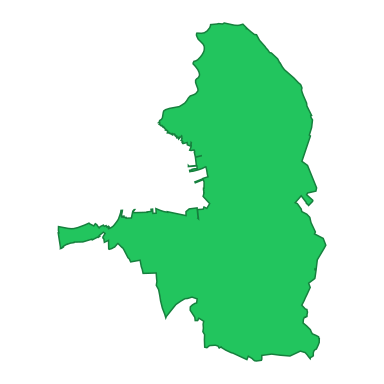 the district of Siguldas pag., Siguldas, Latvia
{"feature_id": "27541924B22420925949574", "entity_name": "Siguldas pag.", "entity_type": "district", "adm_level": 2, "iso_a3": "LVA", "parent_name": "Latvia", "parent_adm1": "Siguldas", "projection": "mercator", "projection_center": [24.897, 57.148], "detail": "fine", "context": "isolated", "style": "filled", "palette": "green", "viewbox_px": 384, "rotation_deg": 0, "n_neighbors": 0, "source": "geoboundaries", "source_scale": "gbopen_adm2", "svg_char_len": 5994}
<svg xmlns="http://www.w3.org/2000/svg" viewBox="0 0 384 384"><path d="M60.4,248.5L61.2,247.9L61.5,248.3L63.3,247.1L63.0,246.6L65.3,245.1L67.1,244.1L67.2,244.3L70.5,243.1L74.0,242.6L74.2,242.1L82.9,241.9L91.8,239.2L92.2,239.9L97.9,237.0L98.2,237.4L99.8,236.3L99.2,235.5L103.4,232.2L105.1,233.4L103.2,236.5L102.9,237.2L102.9,237.9L104.0,239.2L104.1,241.1L104.4,241.7L104.4,242.3L108.5,240.4L108.7,248.9L109.2,249.3L111.7,248.6L114.3,247.1L114.6,247.1L117.7,243.5L118.0,243.5L122.0,247.5L122.4,247.5L123.6,249.2L128.0,257.7L129.3,258.9L130.7,261.9L140.1,260.2L141.3,266.7L142.2,269.2L143.1,273.4L156.2,273.0L156.6,278.8L156.9,281.4L156.3,285.3L158.5,289.4L158.8,290.5L159.8,295.7L160.6,301.0L162.4,308.2L164.7,314.1L165.8,317.8L166.3,316.5L175.9,304.5L180.8,301.1L184.9,298.7L187.4,298.5L192.0,297.1L197.2,298.9L196.6,303.0L194.9,303.4L192.3,305.0L190.3,306.9L190.2,310.2L194.8,317.3L195.2,320.6L197.6,320.6L197.8,320.4L198.3,319.1L198.9,318.2L203.7,321.2L203.1,324.2L203.4,328.1L202.9,331.7L204.6,334.6L204.4,339.6L204.7,347.2L206.9,347.7L209.5,345.6L215.3,345.2L218.0,346.0L219.2,348.0L221.1,346.9L221.3,347.4L225.7,350.1L231.2,352.7L232.9,353.1L246.9,359.6L248.3,356.2L252.4,358.7L252.9,359.4L254.5,360.7L256.3,361.0L261.4,360.3L261.8,359.2L261.8,355.4L271.7,354.1L280.1,355.2L290.0,356.0L300.4,351.1L305.2,352.6L307.1,354.7L308.4,356.5L310.2,358.7L310.5,357.5L312.1,356.7L313.3,355.8L313.3,352.8L313.8,351.2L314.7,349.9L316.4,349.0L318.2,345.1L319.2,342.5L319.3,338.6L318.9,338.6L318.6,336.8L316.0,335.4L312.3,333.8L311.1,331.6L310.4,329.7L306.6,325.9L303.1,323.0L303.4,319.4L304.4,317.3L305.5,317.3L305.7,316.8L306.7,316.7L307.1,316.0L306.9,315.2L307.5,312.1L307.3,311.3L307.2,311.2L306.9,309.5L305.4,309.1L301.8,305.2L304.2,300.5L305.3,297.9L307.2,294.0L310.2,287.4L308.6,283.2L314.8,278.5L315.2,276.4L316.0,270.5L314.9,269.8L315.0,269.0L316.1,269.8L317.3,259.8L324.2,248.2L325.8,245.2L323.2,238.4L314.5,233.9L315.4,232.0L311.0,222.6L309.8,217.4L306.8,214.2L301.8,211.6L301.2,209.0L297.3,203.6L295.2,202.7L301.2,195.8L306.2,202.4L306.3,203.2L306.6,203.7L307.2,203.8L308.6,205.5L312.6,201.4L312.8,200.3L306.6,194.7L307.6,193.0L315.9,191.1L316.6,187.9L307.5,165.4L301.9,161.3L310.4,136.0L309.3,135.1L311.6,127.6L312.5,119.9L310.9,117.3L310.7,115.8L311.6,115.5L306.9,106.0L306.6,103.1L303.3,95.5L302.2,92.5L301.5,90.0L301.9,88.4L301.9,87.7L300.8,84.9L299.5,83.5L298.8,83.2L294.0,78.1L284.5,69.8L282.3,66.9L280.0,62.8L279.4,62.6L279.4,62.2L277.6,58.8L271.4,53.0L269.6,52.6L269.4,52.3L267.4,49.4L266.4,48.5L265.0,46.5L259.5,40.3L256.5,34.7L254.4,34.5L251.3,32.1L247.6,28.9L246.7,28.7L247.1,28.4L242.9,24.2L239.4,25.2L237.6,25.4L234.4,25.2L224.2,23.0L222.6,24.0L218.6,23.6L217.1,24.0L210.6,24.6L210.4,25.9L209.7,27.8L207.1,31.0L204.3,32.8L201.4,33.3L196.9,33.1L196.5,34.0L196.5,35.4L197.1,36.9L198.2,39.2L202.9,43.9L204.0,45.8L204.3,47.2L204.3,49.0L204.1,50.6L203.5,52.2L202.0,54.9L200.4,57.0L197.7,59.8L195.5,61.0L194.0,61.3L193.2,62.8L193.1,63.9L195.5,66.5L197.8,69.6L199.1,72.4L199.5,74.3L199.4,75.7L198.6,77.2L197.8,78.1L196.7,78.8L195.6,80.2L195.6,82.5L196.4,84.9L197.8,88.6L198.0,89.9L197.9,90.9L195.9,93.5L194.0,94.6L190.2,96.0L188.4,98.0L186.6,100.9L184.7,103.2L179.3,106.6L169.5,108.4L165.5,109.7L163.7,111.0L163.3,112.4L162.5,117.2L162.2,118.3L161.2,119.6L160.2,120.1L159.6,120.7L159.7,121.0L159.3,121.6L159.5,122.1L158.7,122.7L159.7,122.9L159.6,123.6L159.8,123.9L159.3,124.4L159.9,124.6L160.5,125.4L161.0,125.4L161.3,125.9L162.0,125.5L162.5,126.3L163.3,126.6L163.4,126.8L163.2,127.2L164.2,127.3L164.4,127.6L164.3,128.1L164.9,128.5L165.5,129.7L165.8,129.4L166.0,129.6L165.6,130.1L167.2,130.5L167.6,130.9L167.6,131.4L167.4,131.9L167.7,132.1L167.8,132.5L167.5,132.9L168.3,133.0L168.5,132.3L168.8,132.3L169.3,132.8L169.8,133.5L170.1,133.4L170.5,133.8L170.9,133.5L172.5,135.0L172.8,134.9L172.7,134.6L172.4,134.5L172.5,133.9L172.8,134.2L173.9,133.9L174.6,134.1L174.6,134.7L175.0,134.8L175.2,135.1L175.0,135.3L175.0,135.6L175.5,136.1L176.1,135.9L176.4,136.4L176.4,136.9L176.6,137.4L177.0,136.8L177.4,137.9L178.1,137.8L178.6,137.4L178.5,138.2L178.7,139.0L181.6,135.8L181.8,136.2L181.6,136.4L181.7,137.0L182.1,138.5L181.9,138.7L181.7,138.7L181.5,139.3L181.6,139.8L181.2,140.4L181.9,140.5L182.0,141.2L182.7,141.6L182.7,141.9L182.4,141.9L182.4,142.1L182.1,142.4L182.7,143.4L183.0,143.6L187.1,142.5L187.3,144.8L191.0,146.3L190.8,144.3L191.1,142.4L191.4,142.7L191.1,144.2L191.3,145.6L191.2,146.5L189.7,150.2L191.1,150.5L193.4,150.0L193.8,150.3L194.3,150.2L194.7,151.9L194.3,152.2L195.4,157.1L201.2,155.7L201.2,155.9L195.4,157.3L196.4,165.5L189.5,166.2L188.9,166.2L188.4,165.6L188.4,166.6L196.9,165.9L197.2,168.5L194.9,168.8L194.7,168.7L192.0,169.3L191.8,169.8L189.6,170.3L189.9,171.7L192.3,171.1L192.3,171.3L193.0,171.2L198.7,169.7L202.4,168.4L205.4,166.9L205.9,166.9L206.7,170.1L207.3,174.1L208.0,176.8L203.0,178.4L202.7,178.6L202.8,178.8L194.9,181.9L195.3,182.8L203.2,179.7L203.8,181.2L203.9,181.3L204.1,181.8L204.0,188.2L203.5,188.2L203.5,190.1L203.8,190.4L203.8,192.9L203.8,193.1L204.0,193.1L203.1,196.4L204.2,197.6L209.7,203.6L206.8,208.4L204.0,207.0L203.2,209.2L197.5,209.6L198.5,218.9L197.7,218.2L198.0,217.8L197.1,207.9L189.2,208.9L186.0,211.6L186.0,215.6L167.4,211.7L167.5,212.3L163.6,211.5L160.0,210.3L155.9,208.6L156.2,213.2L152.9,213.4L152.6,209.1L151.0,209.3L151.3,211.4L147.1,211.9L147.2,212.3L133.0,212.7L133.4,211.4L134.7,209.6L134.2,209.6L132.8,211.2L132.7,211.6L131.4,218.0L126.1,218.2L126.1,217.4L124.1,217.4L124.0,216.1L122.6,216.2L122.6,217.1L121.9,217.1L121.9,216.3L121.4,216.3L121.4,215.8L122.3,211.3L122.4,210.3L121.0,210.4L120.7,212.5L119.8,215.3L118.4,219.2L116.9,221.5L113.9,225.4L112.8,226.5L110.5,228.0L108.5,228.7L108.1,227.4L109.1,226.9L108.5,226.2L106.8,227.0L106.1,225.6L104.3,226.4L103.4,225.1L100.2,226.6L99.1,227.9L97.5,225.9L96.8,224.7L95.3,223.7L93.8,225.9L89.8,223.9L89.0,223.1L84.5,225.1L77.8,227.6L73.7,228.6L71.3,228.7L68.1,228.4L58.5,226.6L58.4,230.4L58.9,232.9L58.2,232.9L60.4,246.9L60.4,248.5Z" fill="#22c55e" stroke="#15803d" stroke-width="1.5"/></svg>